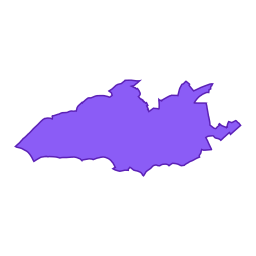 the district of Grebenisu De Campie, Mures, Romania
{"feature_id": "2599482B22426037258444", "entity_name": "Grebenisu De Campie", "entity_type": "district", "adm_level": 2, "iso_a3": "ROU", "parent_name": "Romania", "parent_adm1": "Mures", "projection": "equal_earth", "projection_center": [24.279, 46.612], "detail": "fine", "context": "isolated", "style": "filled", "palette": "violet", "viewbox_px": 256, "rotation_deg": 0, "n_neighbors": 0, "source": "geoboundaries", "source_scale": "gbopen_adm2", "svg_char_len": 5782}
<svg xmlns="http://www.w3.org/2000/svg" viewBox="0 0 256 256"><path d="M143.5,175.8L143.9,175.3L146.1,171.7L146.7,171.2L147.6,170.5L149.9,168.9L150.6,168.4L152.7,166.2L153.4,165.7L153.6,165.5L155.3,165.1L156.0,165.0L156.6,165.1L157.7,165.6L159.5,165.8L160.4,165.4L161.0,165.0L161.6,164.7L162.1,164.5L162.7,164.3L163.9,164.2L165.2,164.1L166.4,164.2L167.4,164.5L168.2,164.9L169.0,165.7L171.0,164.2L172.3,163.4L172.7,163.3L173.9,163.4L175.6,163.6L177.8,164.1L178.2,164.3L179.6,164.9L180.3,165.4L180.8,165.4L181.3,165.7L184.3,165.3L184.6,164.9L185.7,164.1L187.2,163.2L188.4,162.6L189.3,161.9L190.1,161.5L192.4,160.6L193.9,159.8L195.5,158.9L196.3,158.5L197.1,158.1L199.5,157.1L199.4,156.9L199.3,155.4L199.7,154.7L200.1,154.1L200.6,153.5L201.0,152.2L201.2,151.1L201.7,149.5L202.4,149.8L203.3,150.1L204.1,150.2L204.7,150.1L205.5,150.1L206.8,150.0L211.4,149.6L211.5,149.4L209.5,145.2L208.4,142.9L207.4,140.5L206.7,139.3L205.8,137.5L208.1,136.2L212.1,135.8L212.9,135.8L213.4,136.0L213.9,136.5L214.6,137.4L215.0,137.7L215.3,137.9L216.2,138.2L218.1,138.6L218.8,138.9L219.5,139.2L220.1,139.6L220.8,140.3L223.0,138.3L223.7,137.5L224.4,137.0L228.8,133.0L229.3,132.6L229.5,132.5L230.5,134.4L233.4,131.8L236.2,129.3L240.6,125.4L238.7,123.0L238.0,122.7L237.8,122.5L236.3,120.9L235.9,120.7L235.7,120.6L233.6,121.7L231.8,122.6L228.7,121.6L228.3,122.4L227.8,123.6L227.2,125.6L227.3,127.0L226.6,126.9L226.3,127.7L224.9,126.8L224.4,126.8L224.4,126.7L221.7,125.6L221.2,125.2L219.5,123.7L218.8,124.4L219.5,125.1L217.2,127.0L216.3,128.2L215.7,128.5L215.3,128.6L213.8,128.1L209.9,125.0L209.9,123.8L209.7,121.9L209.4,120.2L208.9,117.8L208.8,117.0L208.6,116.8L207.4,109.8L207.1,108.3L206.9,106.9L206.8,106.1L206.4,104.4L206.2,103.8L206.2,103.4L206.3,103.2L205.4,103.1L203.7,103.1L198.6,103.1L195.6,103.0L194.9,103.0L194.3,102.9L194.3,102.7L195.6,100.7L196.8,99.1L198.5,97.2L200.1,95.9L201.4,95.1L202.3,94.4L203.1,94.0L204.6,93.3L205.5,92.9L206.2,92.6L206.7,92.5L207.5,92.4L207.9,92.4L208.7,92.5L208.9,91.1L209.1,89.7L210.5,89.0L210.7,88.9L210.7,88.7L210.6,87.9L210.7,87.3L211.0,86.1L211.6,85.9L212.6,83.9L211.4,83.9L209.9,84.1L205.2,85.8L200.8,87.5L199.6,88.1L196.9,89.4L193.6,90.9L189.9,86.4L189.2,85.5L189.3,84.9L189.3,84.4L189.5,84.2L189.2,83.9L186.8,81.9L186.3,81.5L186.0,81.3L185.7,81.4L184.7,82.5L183.4,83.8L182.9,84.0L181.9,84.4L180.7,86.6L179.9,88.1L179.5,89.2L178.0,95.1L177.9,95.6L176.7,95.4L175.1,95.4L171.8,95.3L171.5,95.3L170.6,95.7L169.7,95.9L167.0,97.3L163.1,99.5L161.7,100.6L161.6,100.3L161.5,100.2L161.4,100.2L161.1,100.4L161.2,100.7L160.8,100.6L159.2,99.8L158.9,99.5L158.9,100.2L158.9,100.8L159.0,101.5L159.1,102.7L159.2,105.0L159.2,105.6L159.1,108.0L158.9,108.8L158.4,108.9L157.3,108.6L153.9,108.3L153.5,108.2L148.9,111.6L148.4,110.7L148.1,110.0L147.7,109.4L148.3,109.2L147.6,107.7L147.1,106.7L146.7,105.9L147.8,105.5L146.5,102.7L145.7,103.2L145.0,102.5L144.1,101.6L143.7,101.8L142.3,100.1L142.6,100.0L141.3,99.1L141.0,99.3L140.2,98.6L138.4,96.6L139.3,95.8L139.7,95.2L140.0,94.7L140.2,94.0L140.1,93.3L139.9,92.5L139.6,92.0L139.4,91.7L139.3,91.3L139.2,91.0L138.7,90.3L138.1,89.4L137.5,88.6L137.1,88.4L136.5,88.9L135.4,88.2L135.3,87.8L134.6,87.7L131.5,86.2L134.1,85.5L134.6,85.2L135.1,84.6L135.8,84.0L136.6,83.5L137.3,82.9L138.2,82.1L139.6,80.8L139.1,80.9L136.8,80.9L131.1,80.2L130.0,80.2L125.5,80.3L125.1,80.4L125.2,80.6L124.8,80.8L124.1,81.3L121.5,83.4L121.2,83.6L118.2,84.3L117.6,84.5L116.0,85.4L112.2,88.9L111.0,89.7L108.9,91.0L109.1,91.2L110.9,92.4L111.5,93.0L112.1,95.4L111.5,95.9L110.9,96.3L109.7,97.2L108.9,97.0L107.7,96.5L106.3,96.2L104.2,95.7L103.1,95.6L100.9,95.6L97.5,95.7L96.1,95.9L94.6,96.4L91.7,97.6L90.8,97.9L88.7,97.9L88.2,98.0L87.6,98.3L85.6,99.9L84.8,100.6L84.1,101.3L83.2,101.9L82.4,102.9L82.1,102.5L82.0,102.4L78.4,105.7L78.0,106.2L77.6,106.8L77.1,107.7L76.9,108.4L76.7,109.5L76.3,110.5L76.3,111.0L74.9,111.0L74.0,111.2L73.2,111.2L72.3,111.1L71.3,111.0L70.7,111.1L69.9,111.3L69.2,111.5L68.1,112.0L67.5,112.3L66.6,112.5L64.7,112.6L62.6,112.7L62.0,112.8L61.1,113.1L60.4,113.4L59.6,113.8L59.0,114.1L58.3,114.2L53.5,115.8L52.5,115.8L52.4,115.9L52.3,116.0L52.2,116.5L52.4,117.5L52.4,118.3L52.3,118.9L51.8,118.8L50.8,118.4L50.3,118.2L49.6,118.2L48.6,118.1L47.0,118.1L46.7,118.2L45.8,118.4L45.4,118.5L45.3,118.4L44.9,118.4L43.7,119.1L42.9,119.6L42.1,120.3L41.1,121.2L40.3,122.0L37.8,124.6L36.1,126.2L35.0,127.2L33.0,129.1L32.9,129.4L32.6,129.6L30.4,132.0L29.0,133.4L28.0,134.2L27.0,135.3L26.4,135.8L25.9,136.4L23.9,138.1L23.1,138.6L23.1,138.8L22.0,140.0L21.1,140.9L20.9,141.2L19.5,142.8L18.0,144.1L17.1,144.9L15.4,146.5L16.8,147.2L20.0,147.9L22.0,148.6L23.0,149.2L25.2,150.4L26.6,151.1L27.2,151.6L28.1,152.3L29.8,154.3L30.8,155.8L31.8,157.4L32.4,158.6L33.4,160.6L33.9,161.4L37.2,159.3L40.2,157.6L40.7,157.3L41.4,157.1L45.9,156.4L46.2,156.4L46.2,156.6L47.0,156.5L47.3,156.7L47.9,156.7L48.6,156.7L49.6,156.5L50.2,156.6L52.9,156.7L54.3,156.8L56.3,157.0L59.0,157.7L59.5,157.9L59.9,157.9L60.7,157.8L61.6,157.6L63.0,157.5L66.7,157.5L69.4,157.3L71.8,157.1L73.0,157.1L73.6,157.0L74.1,157.0L76.2,157.4L77.2,157.7L80.1,158.9L80.6,159.3L81.9,160.6L82.0,160.3L83.3,159.8L89.2,158.8L91.3,159.0L92.4,159.2L93.1,159.6L93.3,159.6L93.8,159.3L94.2,159.2L95.6,158.7L96.5,158.3L96.8,158.2L97.7,158.0L99.6,157.6L100.2,157.4L101.9,157.1L103.0,157.0L103.6,157.0L105.3,157.3L107.8,158.3L108.9,158.9L110.0,159.7L110.7,160.3L111.1,160.7L111.8,161.7L112.7,162.6L113.0,163.0L113.5,164.0L113.8,164.4L114.4,165.6L115.0,166.9L115.3,167.5L114.3,167.8L112.9,168.7L113.9,169.3L115.3,170.0L118.3,170.9L119.7,171.2L120.5,171.1L121.1,171.0L123.5,170.5L124.7,170.2L126.1,170.2L128.3,170.3L128.3,169.2L129.9,167.3L130.8,167.8L133.7,170.1L134.3,170.3L135.5,170.6L137.4,171.0L139.9,172.0L140.8,172.5L142.1,173.9L142.3,174.6L142.6,175.0L143.0,175.4L143.5,175.8Z" fill="#8b5cf6" stroke="#5b21b6" stroke-width="1.5"/></svg>